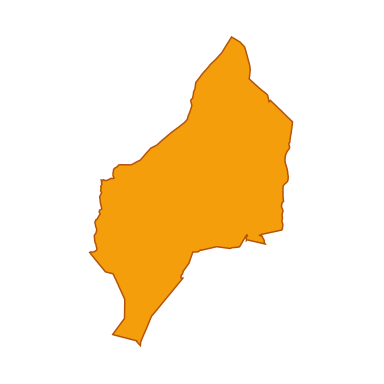 San Sebastián Tecomaxtlahuaca, Oaxaca, Mexico (Albers equal-area conic projection), rotated 187°
{"feature_id": "50627088B84243272648939", "entity_name": "San Sebastián Tecomaxtlahuaca", "entity_type": "district", "adm_level": 2, "iso_a3": "MEX", "parent_name": "Mexico", "parent_adm1": "Oaxaca", "projection": "albers", "projection_center": [-98.086, 17.347], "detail": "fine", "context": "isolated", "style": "filled", "palette": "amber", "viewbox_px": 384, "rotation_deg": 187, "n_neighbors": 0, "source": "geoboundaries", "source_scale": "gbopen_adm2", "svg_char_len": 4228}
<svg xmlns="http://www.w3.org/2000/svg" viewBox="0 0 384 384"><g transform="rotate(187 192 192)"><path d="M100.8,273.9L105.6,277.5L105.9,277.7L113.2,283.4L117.3,286.3L117.8,286.8L125.4,292.5L126.5,291.0L128.8,297.4L131.0,299.1L134.8,301.3L138.2,303.5L149.0,311.2L149.1,320.4L150.2,324.8L155.9,338.9L157.5,342.4L162.8,346.8L171.7,350.7L173.2,347.2L175.7,342.0L176.5,340.3L177.9,337.1L179.1,334.5L179.3,334.0L180.1,332.9L180.7,332.1L184.3,326.9L187.1,323.5L188.8,321.5L189.3,320.9L190.7,318.4L192.1,316.4L193.0,314.9L194.4,313.2L194.6,312.9L195.0,312.3L197.1,308.9L198.1,307.0L201.5,301.3L201.6,300.7L201.6,294.8L202.3,292.6L202.5,291.8L202.5,291.5L202.7,291.1L202.5,289.1L202.6,288.8L202.6,288.6L202.8,285.3L203.8,284.0L204.0,283.6L204.5,282.8L204.4,282.4L204.0,281.5L203.7,280.5L203.1,279.0L202.7,277.5L203.6,272.5L204.3,269.7L205.1,267.0L205.5,263.5L207.9,260.1L212.6,255.3L218.7,249.6L219.7,248.6L229.3,238.2L231.1,236.0L232.7,234.2L238.3,230.5L240.8,226.8L242.5,224.4L242.6,224.2L247.1,217.5L250.2,215.4L253.8,212.8L255.8,211.5L261.3,210.9L265.3,210.5L268.0,209.9L268.8,208.7L269.5,207.8L270.5,207.1L271.1,206.7L272.1,205.6L272.5,204.8L272.6,203.8L272.5,202.9L272.7,202.0L272.6,200.3L272.3,198.4L271.1,196.4L271.1,196.2L271.5,196.1L272.0,195.8L272.3,195.7L273.0,195.8L274.2,195.6L274.6,195.5L274.8,195.0L274.9,194.8L275.1,194.7L275.4,194.7L276.5,194.1L278.6,192.8L278.8,192.8L279.3,192.9L279.9,192.9L280.8,193.1L281.3,193.4L281.6,193.3L282.0,192.8L282.2,192.5L282.5,192.5L283.7,192.9L283.7,192.7L282.9,191.4L282.8,190.9L283.0,190.5L283.0,190.1L282.5,189.1L282.4,188.6L282.6,187.9L283.2,186.9L283.2,186.7L283.2,186.1L283.2,185.9L282.7,185.5L282.6,185.1L282.8,184.4L282.8,183.4L282.9,182.3L282.7,181.8L281.8,180.7L281.7,180.4L282.0,179.3L282.2,178.7L282.3,178.4L282.5,177.6L282.9,176.6L283.1,176.0L282.9,175.3L282.7,174.4L282.4,173.6L282.2,172.9L281.9,171.3L281.6,170.0L281.1,168.6L280.3,166.6L280.0,165.8L279.5,164.1L280.6,163.3L281.4,162.8L281.8,161.0L281.0,159.9L280.5,158.6L281.4,157.2L282.0,155.7L282.5,154.5L283.3,153.0L284.1,152.6L284.1,151.7L284.7,150.7L284.5,149.3L283.9,147.9L283.6,146.5L282.5,144.4L281.9,142.7L282.1,141.3L282.3,139.7L282.9,138.5L283.7,136.8L282.5,131.4L281.8,129.5L281.5,129.1L281.2,128.9L280.6,127.0L280.3,126.2L279.8,125.0L279.4,124.1L279.6,123.0L280.0,122.2L280.8,121.6L281.7,120.9L283.3,120.2L284.7,120.2L285.5,120.1L286.2,119.5L279.3,112.8L277.2,110.8L268.2,102.2L265.8,101.9L260.4,101.2L254.5,91.9L253.2,89.6L246.2,78.2L245.6,77.0L244.5,66.8L243.6,58.2L245.3,55.3L251.7,43.9L253.4,40.9L253.2,40.8L243.4,39.5L232.1,38.0L228.6,37.5L228.7,36.9L228.4,36.6L224.6,33.3L224.6,37.0L222.8,43.7L220.6,50.9L219.4,55.3L217.1,63.7L215.2,66.6L209.0,76.3L208.0,78.0L200.7,89.4L197.7,94.1L193.5,100.8L190.5,105.4L192.6,105.6L192.6,107.8L192.3,108.2L191.5,109.5L191.3,110.5L191.2,110.9L191.2,111.4L191.1,112.0L190.9,112.7L190.6,113.1L186.6,120.5L186.3,121.0L183.9,132.4L182.6,132.7L178.8,133.3L177.2,134.8L176.1,135.6L175.8,135.3L160.9,140.7L148.6,140.6L148.3,140.6L147.3,140.6L145.5,141.6L143.9,141.9L143.0,142.1L139.5,142.9L138.1,143.4L132.9,155.5L132.1,156.2L131.9,155.9L131.6,155.4L131.8,155.0L132.0,154.9L132.3,154.3L132.5,154.4L132.5,154.1L132.5,153.9L132.4,153.7L132.5,153.6L132.7,153.3L132.7,153.1L132.8,152.7L132.6,152.5L132.4,152.1L132.2,151.8L132.1,151.5L132.2,151.1L132.0,150.8L132.0,150.6L131.5,151.2L129.3,151.0L113.0,149.3L113.5,149.9L114.3,151.0L114.3,152.2L115.3,154.2L116.0,154.7L116.6,156.1L117.4,157.0L118.6,156.8L119.6,157.3L117.8,158.4L106.5,162.3L98.5,165.1L97.8,166.1L97.8,167.2L97.8,168.5L97.8,170.5L98.4,172.3L99.2,173.8L99.2,175.2L99.0,176.2L99.1,177.0L99.3,178.6L99.8,179.5L99.7,180.9L99.7,182.4L99.3,184.1L100.0,185.9L100.8,187.1L101.2,187.8L101.5,188.8L101.3,189.8L101.5,190.6L101.0,192.7L100.0,193.8L100.8,197.0L101.2,199.4L101.3,199.8L101.5,202.2L101.8,203.5L102.3,208.4L102.1,209.4L101.4,210.6L100.7,211.5L99.3,213.0L98.3,214.7L98.2,217.2L98.4,219.2L99.2,221.8L99.6,223.9L100.2,225.8L101.0,227.9L101.8,229.7L102.7,231.5L103.5,234.1L103.7,236.4L103.8,238.2L103.5,240.5L103.1,242.1L102.3,244.3L101.4,245.7L100.6,247.6L100.7,249.1L101.5,250.6L101.8,252.4L101.1,252.8L101.0,260.4L100.8,261.8L100.7,271.9L100.8,273.9Z" fill="#f59e0b" stroke="#b45309" stroke-width="1.5"/></g></svg>